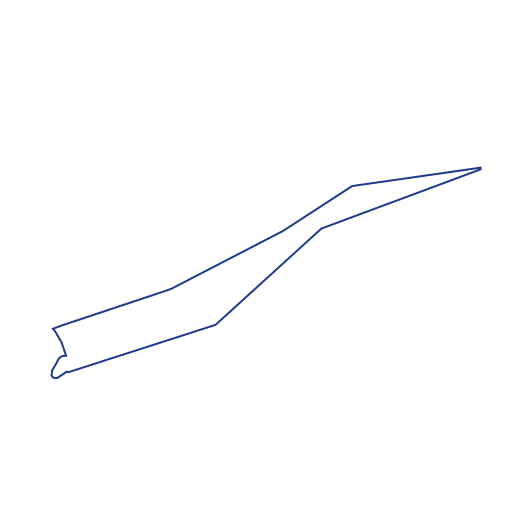 the district of 27, Ad Dawhah, Qatar, rotated 237°
{"feature_id": "91078587B74870148919967", "entity_name": "27", "entity_type": "district", "adm_level": 2, "iso_a3": "QAT", "parent_name": "Qatar", "parent_adm1": "Ad Dawhah", "projection": "robinson", "projection_center": [51.555, 25.278], "detail": "fine", "context": "isolated", "style": "outline", "palette": "blue", "viewbox_px": 512, "rotation_deg": 237, "n_neighbors": 0, "source": "geoboundaries", "source_scale": "gbopen_adm2", "svg_char_len": 483}
<svg xmlns="http://www.w3.org/2000/svg" viewBox="0 0 512 512"><g transform="rotate(237 256 256)"><path d="M207.8,492.4L262.3,374.8L262.3,292.3L274.7,166.4L303.6,55.0L305.6,46.1L302.8,46.5L289.5,45.9L275.7,42.4L277.2,39.9L277.9,37.0L277.3,35.0L276.5,33.2L274.6,29.9L271.1,22.7L267.3,19.6L265.1,19.6L264.7,19.6L263.1,21.0L261.9,22.8L262.0,31.0L262.0,34.4L260.7,35.5L220.3,184.6L235.9,280.0L243.4,325.8L206.4,491.4L207.8,492.4Z" fill="none" stroke="#1e3a8a" stroke-width="2"/></g></svg>